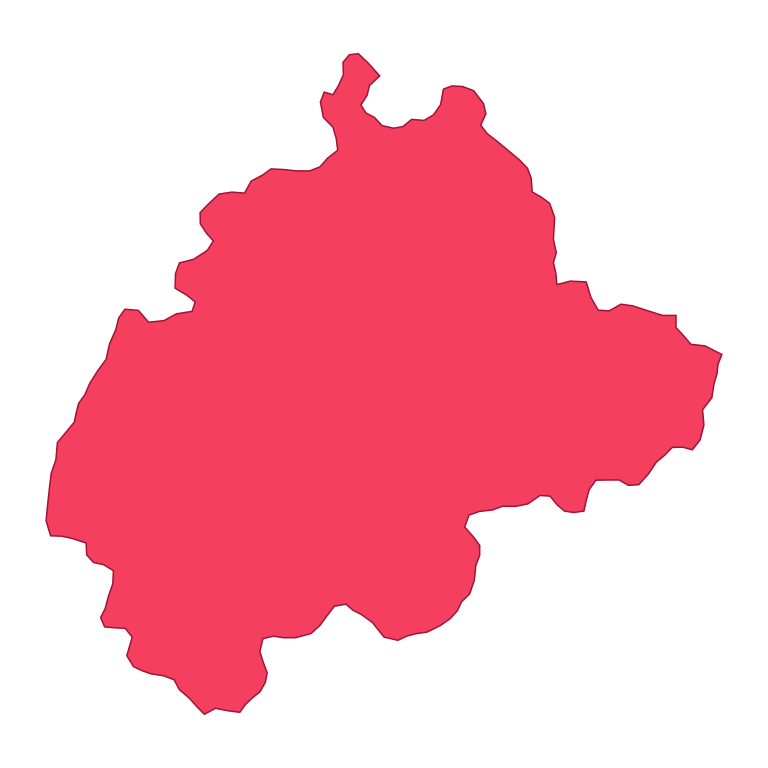 Matipó, Minas Gerais, Brazil (Mercator projection)
{"feature_id": "56859067B68269695740740", "entity_name": "Matipó", "entity_type": "district", "adm_level": 2, "iso_a3": "BRA", "parent_name": "Brazil", "parent_adm1": "Minas Gerais", "projection": "mercator", "projection_center": [-42.313, -20.304], "detail": "fine", "context": "isolated", "style": "filled", "palette": "rose", "viewbox_px": 768, "rotation_deg": 0, "n_neighbors": 0, "source": "geoboundaries", "source_scale": "gbopen_adm2", "svg_char_len": 2581}
<svg xmlns="http://www.w3.org/2000/svg" viewBox="0 0 768 768"><path d="M50.6,535.8L61.7,536.2L71.3,538.2L86.1,543.0L86.7,554.9L93.5,562.5L103.6,564.7L113.4,570.7L112.8,583.7L108.5,596.0L105.1,608.8L100.6,617.6L104.6,626.9L116.2,627.9L125.2,628.3L132.2,637.1L126.8,655.7L133.5,666.6L141.8,670.6L150.8,673.8L163.6,675.8L174.1,679.8L179.4,689.7L189.0,697.9L196.9,706.7L204.4,714.3L215.5,708.3L227.5,710.7L239.8,712.3L245.4,704.5L252.4,697.9L260.1,691.7L265.3,682.4L267.2,672.8L263.3,662.4L259.9,651.5L262.9,638.7L273.6,636.1L283.2,637.7L295.6,637.7L311.0,633.5L319.9,625.5L326.1,617.0L334.4,606.2L346.0,604.2L353.2,610.4L361.2,614.4L372.5,622.6L384.0,637.1L397.9,640.3L406.8,636.1L415.8,633.7L427.1,632.1L440.4,625.5L450.2,618.6L457.3,610.8L461.7,601.6L469.6,594.0L474.3,580.5L475.8,565.5L479.7,555.3L479.7,545.4L473.7,537.2L464.7,527.0L469.0,515.1L479.2,511.5L492.7,509.9L502.3,506.3L515.8,506.3L527.9,503.9L539.9,495.5L550.0,496.1L557.2,504.9L564.5,511.1L573.7,512.5L583.9,511.1L586.2,500.7L589.2,489.5L595.9,480.2L607.6,480.0L619.1,480.0L628.3,485.3L638.8,484.7L648.4,474.0L656.3,462.2L664.9,455.0L672.3,447.4L682.8,447.2L692.4,449.8L700.1,439.9L703.9,425.1L702.6,409.7L711.8,397.8L714.0,384.0L717.0,373.8L718.0,364.3L721.9,354.5L705.0,345.9L690.9,344.3L683.4,335.5L676.0,327.5L676.0,315.4L662.5,315.4L646.1,310.2L632.6,305.8L620.9,304.2L609.3,310.8L598.2,310.2L591.0,297.6L586.2,281.9L570.4,281.1L556.8,284.6L555.9,273.3L553.4,262.5L556.3,252.7L553.4,239.4L554.0,229.0L554.7,217.6L549.7,203.4L542.3,197.8L532.2,191.9L531.2,178.1L527.5,168.3L519.2,159.7L509.4,151.5L498.0,142.0L487.4,133.8L480.7,125.2L485.9,113.8L483.5,103.6L473.7,90.7L462.6,86.5L452.1,85.9L443.4,89.1L440.6,104.6L433.3,115.0L424.1,120.4L411.6,119.4L402.8,126.6L393.6,128.2L382.1,125.6L374.4,117.4L365.8,112.8L360.9,105.0L367.1,95.3L369.5,85.5L379.7,75.9L369.0,63.9L358.4,53.7L349.4,54.7L343.0,62.3L343.4,74.7L338.3,85.9L332.9,94.7L324.2,92.1L320.4,102.0L323.3,117.4L332.9,127.2L336.2,138.4L337.7,150.3L327.6,158.1L319.9,166.9L309.7,170.9L296.7,170.9L283.2,169.5L271.0,168.9L262.5,175.1L251.2,181.1L244.5,193.1L232.1,192.1L219.1,194.0L208.4,204.0L200.1,212.6L200.3,223.8L206.3,233.0L213.3,240.9L207.4,250.3L193.5,259.3L179.4,262.9L175.5,273.7L175.1,288.2L187.1,295.4L195.2,302.0L192.0,311.4L176.4,313.8L164.0,320.6L148.6,322.2L138.4,310.4L124.9,309.2L118.7,318.0L115.7,329.9L109.5,343.9L106.1,359.3L97.8,370.6L89.7,383.4L84.8,394.8L78.6,403.4L76.2,412.9L74.3,422.1L66.4,431.7L57.4,442.5L55.9,459.6L51.2,473.4L49.5,487.5L47.6,504.9L46.1,520.8L50.6,535.8Z" fill="#f43f5e" stroke="#9f1239" stroke-width="1.5"/></svg>